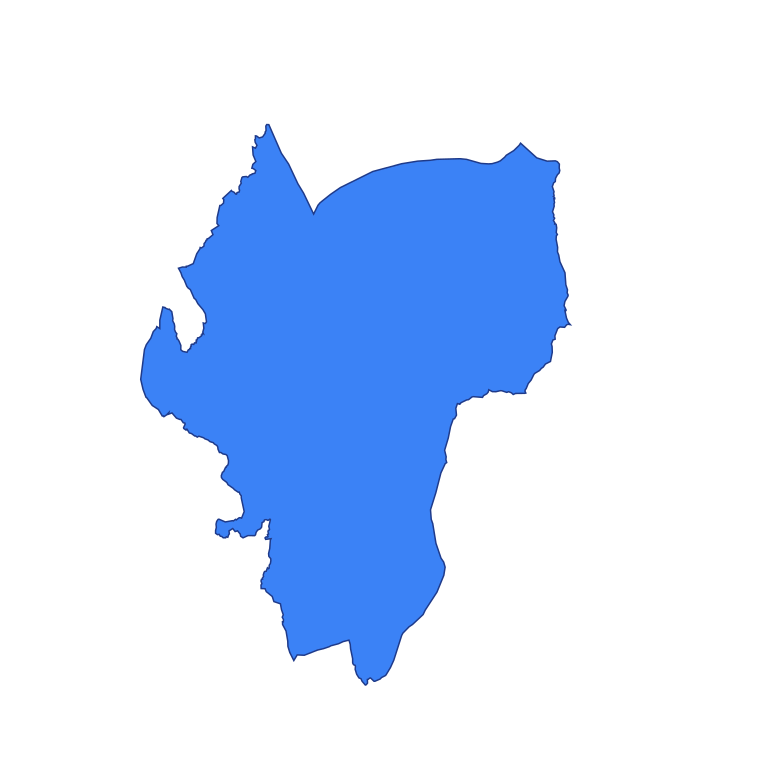 outline of Trøgstad nor, Østfold, Norway, rotated 73°
{"feature_id": "86288312B38891464101956", "entity_name": "Trøgstad nor", "entity_type": "district", "adm_level": 2, "iso_a3": "NOR", "parent_name": "Norway", "parent_adm1": "Østfold", "projection": "robinson", "projection_center": [11.334, 59.671], "detail": "fine", "context": "isolated", "style": "filled", "palette": "blue", "viewbox_px": 768, "rotation_deg": 73, "n_neighbors": 0, "source": "geoboundaries", "source_scale": "gbopen_adm2", "svg_char_len": 6170}
<svg xmlns="http://www.w3.org/2000/svg" viewBox="0 0 768 768"><g transform="rotate(73 384 384)"><path d="M177.5,332.6L183.4,368.3L187.0,379.6L191.9,392.0L193.7,394.8L200.9,401.6L178.0,405.1L167.4,407.8L145.8,410.9L133.3,414.7L102.3,418.3L101.6,420.3L102.8,421.6L107.2,422.7L108.4,424.1L109.3,424.1L112.2,427.8L112.2,431.4L109.6,433.3L109.1,434.4L112.0,435.3L112.6,436.1L115.3,436.5L118.6,435.7L120.9,438.0L118.8,440.4L126.7,442.2L133.8,441.5L135.6,445.2L139.0,447.3L139.8,446.0L142.4,444.2L144.7,445.8L144.5,448.7L145.0,449.2L144.9,450.9L146.5,453.8L145.3,455.0L144.6,458.5L145.0,459.5L148.5,461.8L150.2,461.8L152.8,464.8L155.2,465.6L156.3,465.4L158.0,466.3L158.0,468.6L159.3,469.5L158.9,470.4L156.8,471.3L155.1,473.2L154.3,473.4L159.4,483.9L160.9,483.3L164.1,484.6L165.5,487.6L165.3,488.8L176.0,494.9L181.7,496.8L184.3,495.7L186.7,504.3L191.2,503.9L193.5,509.3L193.5,510.8L194.4,511.2L194.5,512.0L196.3,513.6L197.0,514.9L199.5,515.9L200.5,518.6L199.7,519.9L200.9,520.5L204.7,525.0L213.1,531.2L213.9,537.2L213.6,538.7L214.4,538.9L213.2,542.6L213.2,546.7L218.2,545.7L222.4,545.6L226.1,544.6L232.9,544.0L235.0,543.2L237.1,541.6L246.6,540.5L248.1,539.4L252.8,538.5L260.0,535.4L264.7,534.3L272.7,535.6L273.9,537.3L272.8,539.0L278.0,540.0L281.4,542.1L283.0,542.0L282.5,542.4L282.6,543.0L283.8,543.5L283.7,544.3L284.7,544.6L285.1,545.8L285.6,547.4L285.4,548.8L286.9,549.7L287.1,550.7L288.1,550.6L288.2,551.2L289.7,551.5L289.3,553.2L290.5,554.4L289.7,555.9L290.3,557.2L291.5,557.3L291.9,558.1L293.6,558.7L293.3,559.4L294.2,560.3L294.1,561.1L296.1,563.1L293.9,567.0L291.8,568.3L287.7,567.0L282.8,567.5L280.8,568.1L280.3,568.8L279.5,568.4L277.7,568.7L275.2,567.4L273.8,568.1L270.8,568.4L267.7,567.3L265.2,567.0L261.8,567.6L259.7,566.7L252.8,565.8L249.6,567.5L249.6,568.4L247.3,571.1L246.9,571.0L245.7,573.0L257.4,579.7L265.4,582.2L262.7,584.5L264.3,585.6L266.4,589.3L272.0,593.6L276.9,599.8L281.0,603.0L308.4,615.3L318.7,616.0L327.1,615.5L328.0,614.8L336.8,611.9L342.4,607.2L349.8,605.4L350.1,604.2L350.9,604.0L350.0,601.0L348.4,598.1L349.9,599.0L349.7,595.2L355.9,592.5L358.1,589.8L358.6,588.5L362.4,587.3L363.1,585.9L364.2,585.9L367.2,588.5L368.0,588.5L370.2,586.8L370.1,586.2L369.5,586.1L369.6,585.6L373.9,584.5L375.1,582.6L378.4,580.2L378.6,579.4L380.2,578.1L379.8,576.3L382.7,572.2L384.0,571.4L386.0,568.7L388.3,567.2L390.2,564.4L391.7,563.8L393.9,561.8L395.6,561.4L397.9,561.8L401.4,561.4L401.8,560.0L403.8,558.5L405.2,555.8L406.6,554.9L411.8,555.1L414.3,556.0L415.8,557.0L416.5,558.5L417.5,559.3L417.3,559.8L420.8,562.9L421.2,564.3L424.1,566.4L425.9,566.8L428.1,566.1L432.2,563.1L434.7,562.6L439.8,558.6L441.4,557.9L444.8,555.1L445.1,554.0L447.1,554.0L449.2,553.2L451.2,553.8L465.1,555.0L470.6,559.4L469.7,560.8L469.6,561.8L470.8,565.0L470.0,565.6L470.9,568.0L470.4,568.9L469.5,576.1L465.0,581.4L465.0,582.3L466.5,584.2L468.9,585.6L472.2,586.3L474.9,587.9L477.5,588.7L479.4,587.3L479.6,585.6L481.6,585.1L482.5,583.6L484.0,582.8L484.8,580.4L484.0,579.5L484.9,578.2L482.7,576.6L482.1,575.7L479.2,575.2L478.0,570.9L481.6,569.5L481.6,567.0L485.4,565.4L487.7,565.6L489.9,563.8L489.2,558.4L491.2,552.0L490.7,551.0L488.5,549.7L486.8,547.6L486.3,544.5L485.1,542.9L480.9,541.1L480.5,539.0L479.3,538.4L479.0,537.6L479.3,536.2L480.5,534.8L479.9,532.6L480.6,532.3L486.4,535.8L489.6,536.0L490.1,536.5L490.1,537.4L491.2,538.1L493.7,538.3L493.9,539.5L496.0,539.5L496.3,540.0L495.7,541.4L496.4,542.8L498.0,542.6L498.9,537.3L500.0,538.3L507.8,541.3L512.5,544.0L515.2,544.5L517.9,543.4L519.7,543.8L522.4,545.1L523.7,546.7L526.5,547.7L526.8,548.5L525.7,549.2L528.6,551.4L528.4,553.0L529.1,553.8L531.3,555.3L532.9,555.5L534.1,557.1L535.1,557.2L535.0,558.3L536.4,559.2L539.3,559.2L540.3,560.4L543.7,561.3L545.0,557.6L548.1,557.3L554.5,553.0L559.9,552.9L563.9,547.3L569.8,548.0L575.3,547.8L577.2,549.5L579.8,549.0L582.0,549.8L581.7,550.6L584.4,551.3L591.6,549.9L601.7,551.2L606.9,552.6L613.2,552.6L622.1,551.1L617.7,546.2L620.1,539.5L619.0,525.4L619.4,519.1L619.2,513.0L618.8,511.4L619.1,503.4L618.4,498.4L618.7,492.4L623.0,492.4L627.6,493.4L637.5,494.3L641.5,495.5L642.8,495.4L644.0,494.8L644.4,494.0L645.4,493.8L648.5,495.0L653.5,495.0L657.7,493.9L659.1,492.2L661.8,491.9L666.4,489.9L666.4,488.9L665.2,487.2L661.7,486.3L661.8,485.4L661.1,483.8L661.2,482.8L665.3,480.5L665.6,479.5L665.0,473.9L664.0,472.2L663.2,467.7L662.5,466.8L657.0,460.7L651.0,455.4L629.6,440.6L627.8,438.8L623.5,431.0L622.2,426.8L615.9,414.0L612.3,410.7L598.5,394.2L584.4,382.7L577.0,379.1L571.7,379.0L567.2,380.4L551.5,380.9L531.8,378.2L527.2,378.4L517.9,376.3L503.1,366.2L485.7,355.6L478.0,348.7L477.5,347.0L474.4,346.9L471.7,345.8L465.1,345.4L454.4,338.3L444.2,332.8L437.7,328.0L437.8,326.7L435.0,323.8L428.2,322.4L424.2,319.5L425.3,317.8L424.9,317.6L425.3,316.9L424.4,315.9L423.4,309.6L423.7,307.7L422.1,303.6L422.2,302.3L425.6,293.7L424.2,292.2L423.4,288.6L422.2,286.7L420.1,285.5L423.0,282.6L424.1,279.2L424.4,274.7L424.9,273.3L427.9,269.1L427.8,267.0L429.7,264.7L431.8,263.5L431.5,260.9L434.1,252.0L434.1,251.0L432.1,251.3L430.8,250.6L430.0,249.4L425.7,245.9L423.2,242.1L418.6,237.8L417.9,236.6L416.5,231.1L415.1,229.0L414.4,226.8L412.1,223.8L411.1,218.2L402.9,213.8L397.3,212.3L394.6,212.2L391.3,209.6L391.2,207.2L387.9,206.5L381.8,201.7L380.9,199.1L382.6,194.7L380.8,192.1L380.7,190.5L381.7,188.5L379.0,189.7L374.3,190.2L366.6,189.5L367.2,188.9L366.6,188.2L361.8,188.9L358.0,186.9L353.9,182.5L352.8,181.9L350.3,182.2L347.6,181.0L342.3,181.1L330.5,178.4L318.5,180.0L311.7,179.2L308.4,179.5L304.1,178.0L295.9,177.1L292.6,175.8L291.8,174.5L289.5,175.0L285.2,173.2L281.7,172.7L281.0,173.2L280.9,174.0L279.7,173.5L277.2,174.2L275.3,172.3L273.9,173.0L271.9,172.1L268.6,172.5L263.8,169.3L261.3,168.7L260.5,167.9L256.6,167.4L256.9,166.7L256.1,166.3L254.2,167.2L253.8,166.3L251.0,166.0L250.0,165.2L244.4,165.3L241.2,162.9L240.5,161.0L237.4,159.8L234.6,157.0L233.4,154.8L231.2,153.5L228.7,153.3L225.0,152.0L222.1,153.2L220.7,154.9L218.6,162.8L212.4,171.8L193.6,183.0L195.3,185.0L198.7,191.6L201.0,200.2L202.4,202.3L204.6,207.5L205.0,210.6L204.9,216.2L204.1,219.6L201.4,226.8L193.3,239.4L190.8,245.4L184.6,267.8L183.6,274.3L180.7,286.7L178.5,302.8L177.5,332.6Z" fill="#3b82f6" stroke="#1e3a8a" stroke-width="1.5"/></g></svg>